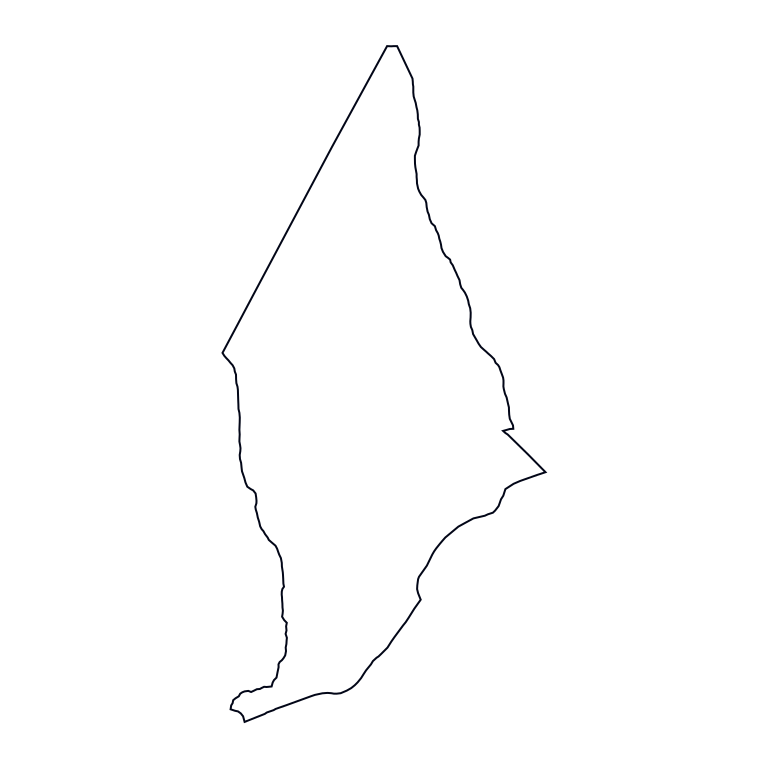 Batayporã, Mato Grosso do Sul, Brazil
{"feature_id": "56859067B36337009194969", "entity_name": "Batayporã", "entity_type": "district", "adm_level": 2, "iso_a3": "BRA", "parent_name": "Brazil", "parent_adm1": "Mato Grosso do Sul", "projection": "mercator", "projection_center": [-53.175, -22.37], "detail": "fine", "context": "isolated", "style": "outline", "palette": "ink", "viewbox_px": 768, "rotation_deg": 0, "n_neighbors": 0, "source": "geoboundaries", "source_scale": "gbopen_adm2", "svg_char_len": 3752}
<svg xmlns="http://www.w3.org/2000/svg" viewBox="0 0 768 768"><path d="M545.5,472.2L534.3,460.8L528.6,455.0L507.7,434.5L505.4,433.0L503.1,430.9L506.0,430.1L509.8,429.0L513.3,428.8L513.0,425.4L509.8,418.8L509.2,414.6L509.0,410.8L508.9,407.3L508.1,404.1L507.5,401.4L506.6,397.4L505.0,393.8L503.8,389.0L503.4,386.4L503.5,383.1L503.5,380.4L503.1,377.6L501.9,374.3L500.4,370.3L499.4,367.2L498.1,365.1L495.6,362.8L494.1,359.1L491.1,356.1L488.0,353.4L486.2,351.7L483.9,349.7L480.9,347.0L478.6,343.7L476.7,340.3L474.9,337.2L473.1,334.1L472.3,330.1L470.9,326.9L470.4,323.8L470.3,321.3L470.6,317.4L470.7,312.7L470.2,308.3L468.8,304.1L468.2,300.7L466.8,296.5L464.9,292.6L463.0,289.9L461.3,287.8L460.2,284.3L459.5,280.1L457.5,276.0L456.2,272.9L454.7,269.8L452.8,265.3L450.7,262.4L450.1,259.6L448.2,258.0L445.7,256.2L443.0,251.9L441.5,248.1L441.0,244.6L440.3,241.7L439.3,238.7L438.7,235.6L437.8,233.2L436.1,230.2L434.9,226.2L431.6,223.3L429.8,219.2L428.9,214.7L427.6,211.7L426.7,207.1L426.3,202.9L425.4,200.0L423.5,197.6L421.2,194.9L419.3,191.5L418.1,188.6L417.6,186.2L417.0,183.4L416.9,180.3L416.6,177.0L416.6,174.0L416.0,170.7L415.4,167.4L415.0,163.7L414.9,158.8L414.9,155.8L416.0,152.4L417.5,148.3L418.6,145.5L418.6,141.8L418.9,138.5L419.7,134.6L419.7,130.8L419.6,127.6L418.9,124.7L418.9,122.0L417.9,118.9L417.8,114.4L417.3,110.3L416.5,107.2L415.7,102.9L414.7,99.8L413.7,96.5L413.3,92.6L413.3,86.6L412.9,84.2L412.8,81.7L412.5,78.6L397.1,46.1L394.3,46.1L391.1,46.3L387.1,46.1L332.0,146.9L252.8,295.8L238.2,323.4L222.5,352.9L224.3,355.8L226.2,358.0L228.5,360.4L230.5,362.9L232.6,365.2L234.3,368.4L234.8,371.5L236.0,374.6L236.1,379.4L236.4,383.2L237.5,386.7L237.9,389.9L238.0,393.5L238.1,396.6L238.2,399.8L238.4,404.6L238.5,409.0L239.4,412.8L239.8,417.5L239.7,422.3L239.4,429.8L239.7,434.4L239.5,438.3L239.4,441.5L240.1,445.3L240.5,448.2L240.3,451.3L239.7,455.0L240.0,459.1L241.1,462.8L241.6,468.0L242.0,471.3L242.8,473.6L244.3,478.0L245.5,482.5L247.3,486.7L250.6,489.0L253.2,490.4L255.6,493.5L256.2,497.5L256.5,500.8L256.4,503.3L255.3,506.8L255.8,509.6L256.9,513.1L257.8,517.6L259.1,521.6L260.2,526.4L261.7,529.2L263.4,531.1L265.1,534.2L267.7,537.6L268.8,539.9L271.4,542.2L275.5,545.7L277.1,548.7L278.2,551.9L279.2,554.6L280.9,558.1L281.8,562.9L281.9,566.4L282.8,572.3L283.0,574.9L283.2,578.7L283.4,583.7L284.0,586.7L282.4,589.0L281.8,591.5L281.7,594.6L282.0,597.2L282.1,600.0L282.4,603.6L282.5,607.5L282.9,610.7L282.6,613.8L282.1,616.7L284.2,620.1L286.8,622.8L286.1,626.3L286.5,630.5L285.6,633.9L286.9,637.8L286.6,640.6L286.4,644.0L285.7,647.5L286.0,651.1L285.2,655.4L283.5,658.2L281.9,660.2L279.7,662.0L278.5,664.3L278.6,667.2L277.6,671.9L276.5,677.6L274.0,680.1L272.7,682.5L271.6,686.5L266.6,687.0L264.1,686.8L262.0,687.8L259.8,689.0L256.9,689.2L253.7,690.8L251.1,692.0L248.3,690.9L244.6,691.4L242.3,692.3L240.2,693.7L238.8,696.3L235.5,698.3L233.2,700.2L232.6,703.2L231.2,705.4L230.6,709.3L235.1,710.8L238.0,711.4L240.8,713.4L243.1,716.3L244.6,721.9L264.8,713.9L266.8,712.5L273.7,710.1L275.7,708.9L285.8,705.4L311.1,696.2L314.9,694.9L322.4,693.3L327.5,692.9L331.3,693.2L334.1,693.7L336.5,693.7L340.7,693.2L346.8,690.6L351.2,688.1L354.8,685.2L357.6,682.4L361.1,678.1L363.6,674.1L366.1,670.3L371.0,664.3L372.9,661.1L376.6,657.7L378.5,656.5L380.9,654.2L387.5,647.6L391.3,641.6L394.3,637.3L403.1,625.4L405.7,622.2L408.6,617.8L414.3,608.7L420.7,599.7L418.1,593.2L417.1,589.1L417.3,585.3L418.1,579.2L419.0,576.8L426.9,565.6L432.3,554.5L434.1,551.4L436.2,548.4L439.8,543.9L442.5,540.7L445.3,537.5L458.4,526.6L461.5,524.9L464.4,523.3L473.4,518.4L484.9,515.7L487.9,514.3L492.9,512.7L495.1,510.6L498.6,506.1L499.8,502.8L501.0,499.3L503.3,495.7L505.4,489.1L513.6,483.8L520.3,480.9L537.6,474.8L539.8,474.1L545.5,472.2Z" fill="none" stroke="#020617" stroke-width="2"/></svg>